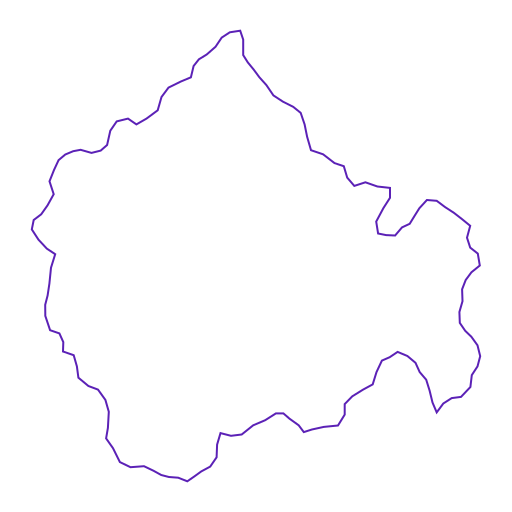 Teixeiras, Minas Gerais, Brazil (Equal Earth projection)
{"feature_id": "56859067B57599068633504", "entity_name": "Teixeiras", "entity_type": "district", "adm_level": 2, "iso_a3": "BRA", "parent_name": "Brazil", "parent_adm1": "Minas Gerais", "projection": "equal_earth", "projection_center": [-42.853, -20.627], "detail": "fine", "context": "isolated", "style": "outline", "palette": "violet", "viewbox_px": 512, "rotation_deg": 0, "n_neighbors": 0, "source": "geoboundaries", "source_scale": "gbopen_adm2", "svg_char_len": 1915}
<svg xmlns="http://www.w3.org/2000/svg" viewBox="0 0 512 512"><path d="M221.7,37.6L215.5,46.8L206.7,54.5L198.9,59.3L193.6,66.0L190.9,77.3L180.9,81.5L168.5,87.6L161.5,97.0L157.7,110.3L146.5,118.6L136.4,124.4L128.0,118.6L116.7,121.4L110.3,130.7L107.1,145.0L100.7,150.6L91.5,152.9L80.6,149.8L73.2,151.2L65.3,154.5L58.6,160.1L54.0,170.0L49.5,181.3L53.7,194.2L47.5,205.4L41.2,214.3L33.7,220.0L31.8,229.4L38.5,239.7L46.8,248.6L55.2,254.2L51.0,267.7L49.4,283.6L47.6,295.5L45.2,304.8L45.3,315.9L50.1,330.2L59.4,333.4L63.3,342.1L63.0,351.5L73.7,355.2L76.9,366.4L78.4,377.7L88.4,386.0L98.0,389.6L105.4,399.9L108.8,411.8L107.9,427.9L106.1,438.4L113.0,448.2L119.9,462.1L130.5,467.2L144.0,466.2L153.6,470.8L161.2,475.0L168.9,477.0L178.2,477.7L187.3,481.3L194.4,476.4L201.3,471.4L210.2,466.6L216.6,457.3L217.1,444.6L220.5,433.1L231.0,435.8L241.7,434.5L253.2,425.3L265.2,420.2L275.9,413.4L283.4,413.4L289.4,418.6L298.7,425.3L303.8,432.1L311.9,429.5L323.8,426.9L338.0,425.5L344.7,414.6L344.7,404.1L352.3,396.3L363.1,389.6L372.7,384.4L376.5,372.1L381.9,360.6L389.7,357.2L397.6,351.9L407.4,356.0L415.5,362.8L419.7,372.1L426.2,379.7L429.6,390.6L432.5,402.5L436.7,412.4L443.3,403.5L451.7,398.1L461.0,396.9L470.4,387.0L471.8,375.1L477.5,366.4L480.2,356.2L477.5,345.3L471.4,336.8L465.2,330.8L459.8,322.9L459.4,312.0L462.5,301.2L462.1,289.3L465.7,280.0L471.4,272.3L479.8,265.5L477.8,253.6L470.2,247.6L467.0,237.7L470.2,225.8L462.1,219.2L454.0,212.9L445.1,207.1L436.7,200.8L426.9,200.0L419.3,208.3L414.3,216.3L409.7,223.8L402.0,227.4L395.1,235.5L386.1,235.1L378.1,233.5L376.2,221.6L383.4,208.1L390.0,197.8L390.0,187.9L377.4,186.5L365.4,182.3L354.3,185.9L347.2,177.6L343.8,166.2L334.5,163.1L323.1,154.3L311.0,150.2L307.1,136.7L304.6,124.4L300.7,112.9L293.3,106.9L283.0,101.7L273.4,95.4L266.4,85.1L259.4,77.3L253.7,69.6L247.8,62.4L243.2,55.1L243.2,39.6L240.2,30.7L229.8,32.3L221.7,37.6Z" fill="none" stroke="#5b21b6" stroke-width="2"/></svg>